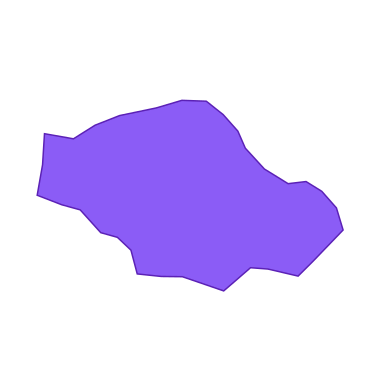 outline of Arediou, Nicosia, Cyprus, rotated 100°
{"feature_id": "46923920B85214629039335", "entity_name": "Arediou", "entity_type": "district", "adm_level": 2, "iso_a3": "CYP", "parent_name": "Cyprus", "parent_adm1": "Nicosia", "projection": "orthographic", "projection_center": [33.205, 35.051], "detail": "fine", "context": "isolated", "style": "filled", "palette": "violet", "viewbox_px": 384, "rotation_deg": 100, "n_neighbors": 0, "source": "geoboundaries", "source_scale": "gbopen_adm2", "svg_char_len": 547}
<svg xmlns="http://www.w3.org/2000/svg" viewBox="0 0 384 384"><g transform="rotate(100 192 192)"><path d="M203.2,36.6L182.6,47.0L168.8,64.3L161.9,81.5L167.1,98.8L156.8,124.7L139.6,147.1L124.1,157.4L110.4,174.7L100.1,193.7L103.5,217.9L115.5,242.0L129.3,276.6L143.0,299.0L160.2,318.0L160.2,347.4L191.1,343.9L222.1,343.9L227.2,318.0L229.0,299.0L247.9,274.8L249.6,257.6L259.9,242.0L282.2,231.7L280.5,207.5L277.1,186.8L283.9,143.6L256.4,121.2L254.7,103.9L256.4,72.9L239.2,60.8L203.2,36.6Z" fill="#8b5cf6" stroke="#5b21b6" stroke-width="1.5"/></g></svg>